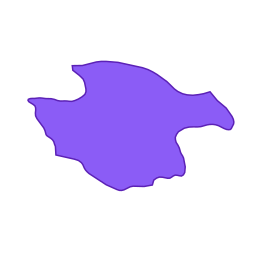 Bắc Kạn, Equal Earth projection, rotated 100°
{"feature_id": "VNM-451", "entity_name": "Bắc Kạn", "entity_type": "Province", "adm_level": 1, "iso_a3": "VNM", "parent_name": "Vietnam", "parent_adm1": "", "projection": "equal_earth", "projection_center": [105.864, 22.252], "detail": "fine", "context": "isolated", "style": "filled", "palette": "violet", "viewbox_px": 256, "rotation_deg": 100, "n_neighbors": 0, "source": "natural_earth", "source_scale": "10m", "svg_char_len": 1645}
<svg xmlns="http://www.w3.org/2000/svg" viewBox="0 0 256 256"><g transform="rotate(100 128 128)"><path d="M76.3,193.7L74.4,183.8L68.5,170.7L67.1,166.0L66.2,160.8L65.1,149.2L66.1,124.2L67.0,118.4L68.5,113.3L70.3,108.6L75.6,97.7L81.5,89.1L83.4,85.3L84.8,80.2L85.1,75.5L84.5,69.8L82.8,64.1L81.1,59.5L78.1,53.5L85.5,44.8L91.3,34.8L98.5,27.6L101.1,25.8L103.7,24.8L105.7,24.7L110.7,26.2L111.7,27.0L112.2,28.6L112.3,30.7L111.8,33.3L110.0,39.2L109.6,42.2L109.7,45.1L110.3,48.1L111.2,50.7L114.0,56.5L114.9,59.9L115.5,63.7L116.5,68.1L118.4,72.5L122.9,77.7L125.9,79.1L129.0,79.8L131.4,79.2L133.8,78.1L136.3,75.8L138.8,74.0L142.9,72.0L144.4,70.9L145.9,69.5L147.9,68.1L156.3,64.9L161.9,64.4L164.5,65.3L166.0,67.0L166.1,69.2L166.0,71.3L166.2,73.3L167.2,74.9L168.8,76.5L170.1,78.0L170.6,80.2L170.5,85.6L170.9,88.6L172.4,91.2L174.9,93.6L179.9,94.1L182.8,102.0L184.4,112.8L185.5,115.6L189.6,121.2L190.6,123.5L190.9,125.7L190.5,128.3L187.7,139.6L179.6,158.5L178.2,160.7L176.8,162.5L175.1,164.0L171.8,166.2L170.2,167.9L168.6,171.1L168.0,175.3L167.1,194.3L158.7,196.3L156.8,197.5L154.4,198.7L152.8,200.2L151.6,202.2L149.8,206.3L148.8,207.5L145.0,209.3L142.5,211.0L134.7,219.2L132.1,221.1L129.4,221.8L126.5,222.0L124.1,222.5L122.3,223.6L121.1,225.8L120.2,228.2L119.3,230.3L118.1,231.3L117.0,231.1L116.0,229.4L115.5,227.5L115.1,225.2L113.8,220.7L113.5,218.5L113.3,214.1L112.5,208.8L112.6,205.4L113.2,202.2L113.2,199.4L112.8,197.2L112.3,195.0L112.0,192.7L111.9,190.5L111.5,187.8L110.2,185.1L108.1,181.9L105.3,178.7L102.4,176.3L99.6,175.7L96.9,176.2L90.6,178.7L87.6,180.7L84.6,185.1L80.7,192.4L76.3,193.7Z" fill="#8b5cf6" stroke="#5b21b6" stroke-width="1.5"/></g></svg>